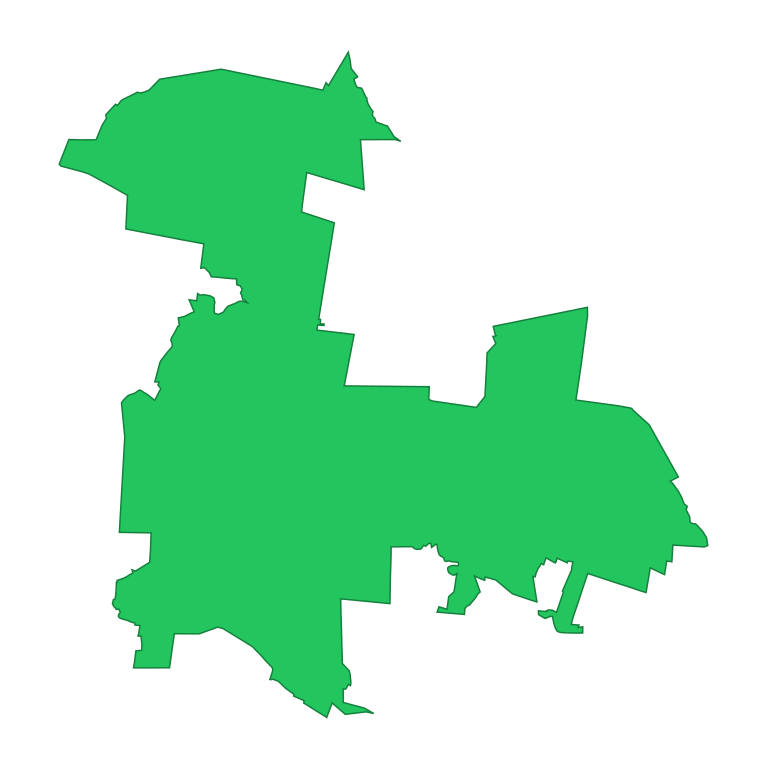 outline of San Francisco de los Romo, Aguascalientes, Mexico, rotated 269°
{"feature_id": "50627088B17251995909944", "entity_name": "San Francisco de los Romo", "entity_type": "district", "adm_level": 2, "iso_a3": "MEX", "parent_name": "Mexico", "parent_adm1": "Aguascalientes", "projection": "albers", "projection_center": [-102.247, 22.022], "detail": "fine", "context": "isolated", "style": "filled", "palette": "green", "viewbox_px": 768, "rotation_deg": 269, "n_neighbors": 0, "source": "geoboundaries", "source_scale": "gbopen_adm2", "svg_char_len": 6093}
<svg xmlns="http://www.w3.org/2000/svg" viewBox="0 0 768 768"><g transform="rotate(269 384 384)"><path d="M170.9,642.4L195.5,647.0L188.5,661.2L202.1,663.6L201.2,668.7L217.9,670.0L215.5,701.3L216.8,704.9L224.8,703.8L229.2,701.1L230.1,700.8L231.5,699.6L232.8,698.5L238.3,693.7L238.4,693.3L238.7,693.0L238.9,690.6L239.8,688.5L241.0,687.6L245.9,687.3L252.6,684.1L253.1,683.9L256.3,685.1L259.1,681.9L266.6,679.2L270.2,677.1L271.2,676.8L273.4,675.2L279.5,671.0L281.9,668.5L285.9,676.7L338.5,648.5L353.6,632.4L354.5,632.0L355.6,630.4L358.1,617.9L364.6,575.6L400.4,581.6L448.5,588.7L457.1,588.7L439.7,494.2L431.0,496.2L430.4,496.9L429.7,495.2L429.7,493.9L429.7,493.7L422.8,496.3L422.5,496.5L413.3,487.6L403.6,487.1L369.8,484.7L359.0,475.9L366.2,431.9L367.8,428.5L380.5,429.2L382.8,344.2L434.0,355.0L439.1,317.8L443.5,318.6L444.2,318.7L443.5,325.0L445.0,325.1L445.3,321.3L449.7,321.7L449.8,319.8L483.8,325.9L546.0,337.2L557.4,304.6L566.0,305.7L596.8,310.4L578.6,367.6L628.7,364.7L628.2,400.0L626.3,405.0L631.2,398.4L642.0,391.8L642.3,390.8L642.3,390.4L646.1,380.6L649.9,379.4L652.2,377.2L654.7,377.3L657.0,377.7L658.0,376.6L660.6,374.9L665.2,372.6L669.2,371.8L670.2,371.9L670.9,371.0L679.7,367.0L680.4,366.2L680.4,365.3L681.2,362.2L684.1,360.7L689.5,359.3L690.9,362.2L691.7,363.0L700.0,356.7L708.6,355.7L716.4,354.1L683.4,333.7L686.3,331.3L679.5,328.3L678.8,328.0L680.6,320.8L701.6,226.6L692.7,165.3L692.6,165.0L682.0,154.3L680.7,151.1L680.1,149.7L679.3,146.0L679.4,143.7L680.1,142.8L672.8,127.4L671.5,125.8L667.2,122.4L668.4,120.4L658.1,110.6L654.3,111.0L647.8,106.8L644.5,105.3L643.3,104.8L633.2,100.4L633.4,83.6L633.5,83.0L633.9,73.2L622.6,68.5L609.4,63.1L607.5,64.8L601.8,84.9L599.2,92.5L584.9,117.6L577.0,130.8L543.5,128.6L531.2,187.0L527.3,206.3L502.9,202.8L503.5,206.4L498.4,211.4L494.2,213.1L493.5,220.7L492.9,225.2L491.9,234.6L491.7,238.4L486.0,238.5L485.6,239.0L484.6,242.1L481.4,243.7L479.7,243.3L477.7,242.1L475.1,243.3L472.6,243.8L470.9,244.4L470.0,246.7L467.6,248.7L469.3,243.7L469.3,242.5L469.1,240.5L468.6,239.3L467.1,236.4L466.4,234.5L466.3,233.7L465.7,232.7L464.7,229.6L462.4,227.2L458.7,224.7L457.7,222.6L456.9,220.3L456.3,219.8L457.6,216.0L459.8,215.4L463.3,215.7L465.8,215.6L468.4,216.3L471.9,215.6L473.3,215.1L475.3,211.5L476.5,204.9L476.0,201.8L477.7,199.2L470.5,198.2L471.6,190.6L459.5,195.5L457.7,191.0L455.0,185.6L453.7,179.4L445.8,180.4L445.5,179.0L440.8,176.5L435.7,173.5L433.9,172.3L431.2,171.6L429.1,172.6L425.6,173.1L424.4,172.3L419.4,167.8L411.4,161.4L409.3,160.3L390.1,154.9L390.0,159.1L388.5,158.7L387.6,158.0L387.1,158.0L383.2,160.7L380.7,159.3L378.7,158.2L375.1,156.3L371.7,154.4L372.9,153.0L373.8,151.9L374.6,150.9L375.6,149.7L377.1,147.9L378.4,146.0L382.3,139.8L381.9,138.8L381.6,138.2L379.8,135.6L379.5,135.2L379.0,134.0L378.9,133.8L377.3,128.7L376.1,126.9L374.8,125.7L373.5,124.2L369.9,121.2L335.5,123.9L240.3,116.8L239.2,148.6L237.8,148.5L231.7,148.1L229.4,148.0L225.8,147.8L225.0,147.8L223.2,147.7L220.8,147.5L213.8,146.9L210.4,146.7L209.9,146.7L206.4,140.8L201.3,132.3L202.5,128.8L201.9,129.2L200.7,129.2L200.5,129.3L200.1,129.5L199.6,129.7L199.1,128.9L197.7,126.4L196.7,124.7L196.1,123.8L194.9,121.5L193.9,118.9L193.2,116.8L192.5,114.4L192.4,113.9L192.2,113.9L190.4,113.1L190.4,113.6L190.0,113.6L190.0,113.1L188.6,112.9L183.3,112.6L177.9,112.1L173.7,111.4L173.6,110.6L173.0,109.6L171.6,109.3L169.2,108.6L166.8,109.7L164.7,111.4L163.2,112.5L163.6,114.5L163.3,115.1L162.6,115.5L161.9,115.5L161.4,115.8L160.9,116.4L160.1,116.1L157.7,114.4L155.8,114.5L154.3,116.2L151.9,123.7L150.0,128.1L149.5,130.6L147.5,130.7L147.0,132.5L147.0,134.8L146.9,135.7L139.3,134.5L136.2,133.7L136.2,136.6L128.0,137.4L122.0,137.1L121.5,131.3L111.8,129.9L110.9,129.8L104.6,128.6L104.4,137.6L104.0,164.6L138.0,170.0L137.4,194.2L137.6,195.4L143.5,212.6L143.6,214.0L143.3,215.5L142.3,218.8L125.3,245.4L123.1,248.5L122.2,249.3L118.2,253.0L114.4,256.6L109.9,260.3L102.4,267.3L100.9,267.7L98.6,267.5L90.6,264.7L90.3,265.9L90.9,267.4L88.7,273.0L88.5,273.3L81.7,280.1L75.2,288.5L73.5,288.3L68.8,298.5L68.3,298.5L66.5,298.1L57.5,311.8L52.0,320.5L51.6,320.9L66.0,326.6L54.4,339.5L56.5,360.5L54.7,368.0L60.2,358.9L66.3,337.7L70.9,337.9L79.8,337.8L79.8,338.4L79.5,340.0L80.0,340.7L81.6,341.7L84.3,343.1L82.9,345.1L83.3,345.3L85.7,345.7L94.3,345.1L94.6,345.0L98.0,344.1L105.2,337.5L155.1,337.0L169.8,336.9L169.4,341.8L167.3,359.8L166.9,363.6L164.3,386.1L190.4,387.0L210.5,388.0L221.0,388.3L220.9,408.9L220.5,409.7L218.7,411.8L218.2,414.2L218.2,417.7L219.4,419.0L222.0,420.7L221.1,423.0L223.5,425.7L224.1,427.5L223.4,428.2L221.2,428.4L219.8,428.7L222.1,432.1L223.0,433.1L222.6,434.2L219.2,434.5L215.5,435.2L212.7,436.1L210.9,437.5L210.6,438.9L208.7,440.8L206.3,441.4L205.4,443.0L206.0,445.0L205.7,446.6L205.0,449.0L204.9,451.4L204.6,452.9L204.5,454.2L203.9,455.4L200.9,454.9L201.0,453.1L201.4,451.4L201.2,448.3L200.1,445.7L199.0,444.5L197.1,444.5L194.3,445.4L192.7,447.7L191.8,449.5L191.7,451.2L193.2,453.7L188.3,452.6L181.3,451.5L174.8,450.2L170.3,445.0L161.3,443.6L157.7,443.1L160.3,435.1L155.0,433.1L152.2,460.4L154.9,460.7L157.3,460.8L159.0,461.7L160.5,463.2L161.6,465.7L167.7,471.0L170.0,472.8L172.1,473.8L174.4,476.5L190.4,471.2L187.4,477.6L185.9,481.2L189.2,481.8L186.2,492.2L173.1,507.4L171.9,508.9L165.2,527.6L163.4,533.1L189.0,529.5L188.5,531.7L191.1,532.5L191.2,532.3L196.1,534.5L201.6,538.1L201.4,538.4L200.5,540.5L206.0,542.4L207.3,543.0L203.1,550.3L202.1,552.1L203.2,552.6L203.1,552.9L206.8,554.0L202.1,564.0L202.3,564.0L202.8,564.2L203.0,564.6L203.9,565.0L202.7,569.8L196.7,568.4L195.3,568.5L173.8,558.8L172.6,559.7L169.5,558.6L152.6,552.4L153.2,551.5L155.0,548.2L155.2,544.6L154.5,542.6L153.7,542.6L154.5,534.4L150.7,534.5L146.7,541.0L148.7,545.9L148.8,548.3L141.0,549.8L137.1,551.1L136.1,551.5L134.9,552.1L134.4,552.4L133.8,553.0L133.5,553.5L133.0,554.5L132.5,556.1L132.3,557.8L132.1,560.0L131.8,567.3L131.6,571.5L131.6,578.3L137.7,578.5L137.3,573.7L139.6,574.7L139.8,572.5L140.0,570.7L140.2,567.1L142.8,567.7L146.6,568.7L158.6,573.0L190.3,584.1L191.0,584.4L180.4,614.8L174.8,631.2L173.5,634.6L172.7,636.9L170.9,642.4Z" fill="#22c55e" stroke="#15803d" stroke-width="1.5"/></g></svg>